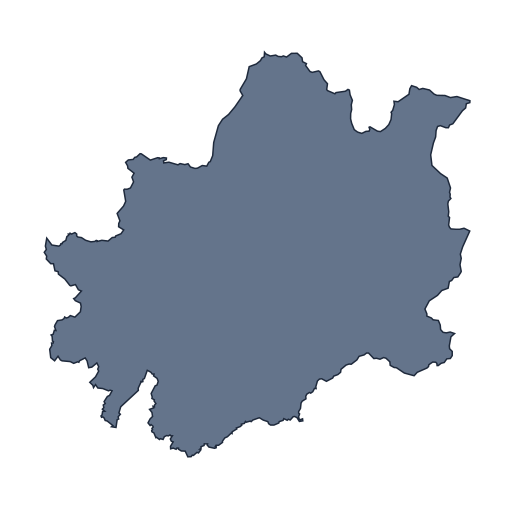 El Tambo, Cauca, Colombia, rotated 94°
{"feature_id": "7082276B344609225912", "entity_name": "El Tambo", "entity_type": "district", "adm_level": 2, "iso_a3": "COL", "parent_name": "Colombia", "parent_adm1": "Cauca", "projection": "orthographic", "projection_center": [-76.91, 2.517], "detail": "fine", "context": "isolated", "style": "filled", "palette": "slate", "viewbox_px": 512, "rotation_deg": 94, "n_neighbors": 0, "source": "geoboundaries", "source_scale": "gbopen_adm2", "svg_char_len": 6024}
<svg xmlns="http://www.w3.org/2000/svg" viewBox="0 0 512 512"><g transform="rotate(94 256 256)"><path d="M421.0,221.6L419.6,221.3L418.1,217.5L416.3,216.9L417.7,213.4L416.6,212.4L417.2,210.4L413.7,207.7L413.4,206.2L414.4,203.8L418.0,201.2L417.2,197.8L415.2,198.2L416.2,200.4L415.7,201.6L413.3,202.3L410.5,201.5L409.8,202.5L408.2,202.6L405.0,201.0L399.6,200.8L397.6,199.8L395.0,196.2L392.4,196.6L390.3,195.7L388.4,193.2L389.0,191.9L387.4,189.9L384.0,188.4L384.1,186.8L382.1,187.2L376.4,186.0L374.4,184.2L373.9,181.9L376.1,177.0L372.4,171.0L370.4,170.1L368.6,166.1L366.1,163.5L363.1,163.3L358.5,158.5L357.3,155.7L357.3,153.4L352.6,148.1L348.9,146.2L347.1,141.2L345.1,139.0L345.0,136.9L350.1,131.3L349.6,128.7L350.3,125.1L348.4,121.6L348.9,119.2L352.2,115.1L355.7,114.5L357.6,110.4L357.6,108.2L362.4,99.9L364.4,89.9L360.8,87.1L355.8,77.6L354.3,76.2L352.4,76.0L349.5,72.4L349.4,69.3L350.5,68.1L352.7,67.7L352.6,66.6L350.1,63.8L349.1,60.8L345.3,58.5L344.7,55.0L341.7,53.3L337.5,53.6L335.0,56.4L332.2,56.9L323.0,55.9L319.5,52.5L318.3,57.0L319.4,60.8L319.1,64.1L316.5,66.7L312.0,67.4L307.6,69.6L307.3,74.9L305.6,76.7L304.0,81.4L301.8,81.5L297.1,83.8L288.6,80.0L282.6,72.2L277.5,68.3L274.7,62.1L267.9,61.3L266.8,59.1L263.7,57.2L262.8,53.2L258.2,50.6L257.0,50.2L250.5,51.9L244.0,51.1L239.9,52.3L232.5,50.5L216.2,44.5L213.8,50.4L215.1,54.6L215.4,58.8L215.4,63.4L213.8,65.0L211.7,66.0L204.1,65.6L202.9,67.0L198.5,66.8L190.6,68.3L187.8,67.9L185.0,65.6L183.7,66.6L180.7,66.6L179.0,67.4L174.6,66.7L164.9,70.7L160.9,77.7L153.4,86.8L142.9,88.8L130.9,86.9L124.7,85.1L118.3,85.1L114.1,83.9L113.1,81.2L114.8,75.5L114.6,73.0L111.8,72.0L110.4,68.9L96.7,60.2L93.7,57.2L89.4,56.8L88.1,53.4L86.2,53.4L82.9,66.7L84.4,73.1L82.7,78.7L83.1,86.8L82.1,89.6L78.3,94.5L77.2,101.3L78.5,104.9L76.5,107.5L75.2,112.7L78.4,114.2L84.0,114.7L92.2,125.0L92.0,129.2L95.3,128.5L101.2,129.8L103.2,131.3L104.5,130.6L110.4,130.8L115.7,132.7L119.7,135.9L123.2,140.5L123.0,143.5L119.2,151.3L119.7,152.2L121.7,151.3L123.6,151.9L124.0,155.0L126.3,159.0L125.3,163.3L123.1,166.8L117.0,169.8L112.6,171.2L107.2,171.5L103.2,170.8L98.5,171.5L94.0,170.7L88.6,173.4L84.0,174.4L83.4,175.9L85.4,178.3L87.4,187.6L88.7,188.6L86.0,196.2L85.0,197.1L79.2,196.7L75.4,200.5L67.7,205.1L67.0,206.6L68.9,212.7L68.2,215.0L62.5,219.8L60.6,219.1L58.9,223.1L55.1,223.9L50.9,229.0L51.4,234.8L55.4,239.4L54.5,242.7L55.4,244.4L55.4,247.9L54.2,250.3L55.5,255.7L53.7,260.3L52.2,261.7L56.7,261.7L58.0,263.9L60.8,265.2L64.4,269.0L67.6,276.0L79.9,277.9L90.9,283.4L92.3,283.4L96.8,280.4L108.8,287.5L116.7,293.2L121.9,298.9L128.6,302.6L145.7,306.1L158.9,306.2L165.0,308.2L165.8,309.6L169.8,311.4L169.5,315.9L172.5,320.6L172.9,323.0L171.8,327.6L168.7,330.2L169.8,333.4L169.1,338.2L170.5,340.2L168.5,349.4L169.6,354.5L167.5,354.9L166.1,352.2L164.5,352.2L164.3,355.3L165.7,359.2L164.9,359.3L164.8,361.0L167.7,368.1L162.1,377.5L162.0,378.8L165.5,382.0L166.1,383.9L168.2,385.2L169.1,390.1L171.7,392.6L175.0,390.4L177.5,389.9L181.9,383.4L186.0,385.3L190.6,383.3L196.9,386.0L198.4,389.2L198.5,391.9L199.4,392.5L210.6,389.8L215.4,391.6L223.2,397.5L230.4,394.2L233.1,395.2L236.4,395.1L239.2,389.8L243.2,392.2L245.8,397.4L247.1,397.8L247.6,400.7L251.4,404.6L251.1,410.9L252.6,415.5L251.8,415.5L251.6,416.5L252.7,417.8L253.4,421.7L252.2,427.1L249.8,431.4L249.5,435.0L248.5,436.3L246.6,436.4L245.3,438.3L247.0,441.6L246.2,443.1L247.2,443.5L247.2,444.8L248.4,444.4L249.8,446.0L253.7,446.8L256.0,450.0L257.2,450.2L257.5,451.6L258.7,451.8L259.9,453.4L259.3,460.4L252.8,466.0L260.8,466.8L264.1,465.6L267.1,467.5L270.7,464.8L273.6,465.0L278.0,460.2L277.8,457.5L284.8,455.5L285.4,452.3L287.9,451.8L292.3,445.1L298.3,439.7L298.7,438.6L297.1,434.1L302.1,430.8L303.1,427.7L310.3,433.3L311.2,434.9L313.2,433.1L315.2,427.8L318.6,426.9L323.9,427.3L329.6,432.4L328.4,437.1L330.3,438.9L331.1,441.0L330.2,442.6L331.9,443.2L333.3,445.1L334.3,449.5L338.6,451.6L340.4,452.1L344.3,450.4L344.2,452.0L348.2,452.9L349.1,454.9L350.3,453.8L355.1,453.1L355.5,452.1L357.0,452.3L357.1,453.9L359.6,453.4L363.4,455.3L371.7,453.7L374.6,449.6L369.8,446.5L373.3,443.9L374.1,442.2L374.3,433.9L375.8,430.4L374.0,426.5L374.4,425.3L372.8,424.7L369.6,419.3L372.4,417.2L379.1,415.1L378.3,412.0L373.8,407.3L377.4,405.2L379.9,406.0L381.8,404.9L387.8,407.7L393.6,413.0L396.4,409.7L398.6,408.9L395.5,407.1L398.7,404.6L398.9,399.6L400.8,393.7L400.0,392.2L400.5,390.2L405.3,392.4L406.5,394.5L411.9,397.4L413.7,396.1L415.3,398.0L417.9,397.2L419.5,398.6L421.4,396.0L421.8,398.2L425.3,398.5L426.4,399.5L427.7,398.8L427.2,397.6L428.2,396.2L430.6,395.0L431.0,392.9L435.2,386.9L436.4,388.2L436.8,383.7L429.0,383.1L428.2,381.6L426.0,382.3L423.3,380.3L422.1,381.8L415.8,380.4L398.3,364.0L396.1,364.3L389.7,361.9L388.6,362.4L389.6,361.1L389.2,360.1L387.0,360.3L386.0,358.8L377.6,356.5L379.3,352.7L381.0,351.3L380.9,349.5L382.7,349.8L385.0,346.1L387.9,344.8L391.7,345.8L392.5,347.5L400.5,351.0L403.9,349.7L405.4,349.9L406.5,347.4L407.7,347.6L410.2,345.6L412.0,347.0L413.5,346.8L413.2,348.2L414.7,347.5L416.4,351.5L419.3,348.9L423.3,348.0L425.9,350.3L430.0,352.1L432.5,349.8L431.5,348.9L432.9,347.0L433.8,346.6L435.2,347.8L436.4,347.1L437.3,347.9L438.6,347.6L439.6,345.5L444.2,343.2L443.8,342.6L445.8,339.5L444.9,338.7L445.5,335.9L442.6,334.8L441.3,332.5L441.6,331.0L440.5,329.3L441.3,328.6L441.2,326.9L444.5,328.7L446.6,327.6L447.2,325.7L451.8,328.0L454.3,327.7L453.4,325.2L454.4,322.2L453.1,321.5L453.1,319.9L454.1,319.9L455.7,316.9L455.6,313.0L461.1,310.0L460.7,306.7L459.1,305.7L459.3,304.5L456.0,301.2L456.5,299.7L453.2,297.5L452.4,297.5L452.5,298.4L451.5,297.4L450.0,297.5L448.7,294.6L447.0,294.5L446.8,291.2L448.0,291.5L449.9,289.6L450.7,283.9L450.1,282.4L449.1,282.3L448.9,283.3L447.6,282.7L447.4,280.1L444.3,276.4L443.2,276.6L439.6,274.4L438.3,271.9L434.4,268.4L434.8,267.5L433.0,267.5L429.9,263.1L428.9,263.6L427.3,259.9L425.8,258.4L424.8,258.9L423.8,255.9L421.8,255.0L422.5,254.2L421.1,250.2L421.6,249.3L419.8,247.6L417.1,241.4L419.2,237.3L420.4,232.6L422.4,231.7L423.6,229.7L423.4,226.3L421.0,221.6Z" fill="#64748b" stroke="#1e293b" stroke-width="1.5"/></g></svg>